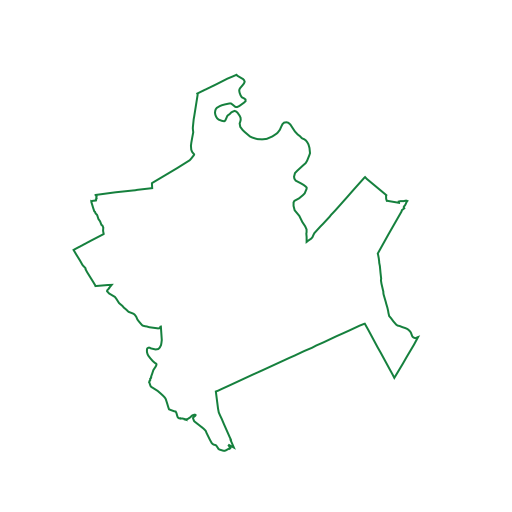 the district of Ciolpani, Ilfov, Romania, rotated 63°
{"feature_id": "2599482B77312801747207", "entity_name": "Ciolpani", "entity_type": "district", "adm_level": 2, "iso_a3": "ROU", "parent_name": "Romania", "parent_adm1": "Ilfov", "projection": "equal_earth", "projection_center": [26.1, 44.727], "detail": "fine", "context": "isolated", "style": "outline", "palette": "green", "viewbox_px": 512, "rotation_deg": 63, "n_neighbors": 0, "source": "geoboundaries", "source_scale": "gbopen_adm2", "svg_char_len": 6070}
<svg xmlns="http://www.w3.org/2000/svg" viewBox="0 0 512 512"><g transform="rotate(63 256 256)"><path d="M193.7,166.5L190.4,162.7L188.9,161.2L184.0,159.3L180.4,158.6L177.8,158.7L175.7,159.1L173.9,160.0L173.1,160.7L171.8,161.7L169.3,162.4L166.6,163.7L162.7,164.8L158.3,165.3L154.5,165.7L152.0,166.7L150.7,168.1L149.9,170.4L150.5,172.5L152.0,174.5L154.4,177.5L155.9,180.6L156.3,182.0L156.7,185.3L156.9,187.3L156.5,193.3L154.9,197.5L152.6,201.5L151.3,203.0L148.7,205.6L146.8,207.1L140.3,209.8L137.7,210.7L133.8,211.4L130.5,210.4L128.9,208.8L127.7,207.8L125.8,207.0L123.5,206.9L120.0,207.4L118.4,208.0L117.0,209.2L116.8,211.7L116.9,213.1L117.4,214.4L117.7,215.5L117.8,216.7L118.2,218.0L120.0,220.2L121.4,222.0L121.5,223.2L120.1,225.0L117.6,227.3L115.8,228.1L113.7,228.3L111.7,228.1L109.7,227.5L108.0,226.3L107.0,225.3L106.2,223.7L106.0,220.1L106.2,217.8L106.8,215.0L108.0,210.5L108.4,209.6L108.8,209.0L110.6,208.1L113.8,206.7L114.7,205.3L114.8,203.3L114.7,202.2L113.9,197.0L113.3,195.0L111.8,194.3L110.3,195.0L108.1,196.6L105.9,196.8L103.1,196.5L101.1,195.9L100.0,195.1L99.2,193.9L97.7,190.3L96.8,188.4L95.6,187.0L94.0,186.8L92.5,187.2L86.9,190.8L85.7,191.1L85.4,196.0L85.0,200.9L85.0,204.2L85.0,213.4L84.8,223.7L84.8,225.2L84.7,226.1L84.6,234.6L85.7,234.7L103.7,247.8L105.8,249.4L107.5,250.5L112.3,253.6L113.5,254.3L115.2,255.0L117.2,255.7L122.1,259.5L125.7,262.2L128.2,263.9L131.8,265.4L133.4,265.6L134.7,265.6L137.1,265.0L137.4,265.0L137.6,265.2L137.9,265.5L139.7,269.3L140.3,270.8L140.6,271.7L141.9,286.3L143.8,315.4L143.9,315.7L148.4,317.7L143.1,331.9L142.6,333.8L141.9,335.5L135.4,352.4L128.8,371.2L129.1,371.3L129.5,371.0L129.9,371.1L130.3,370.9L130.8,371.1L131.0,371.4L131.3,371.7L132.3,371.8L132.5,372.0L132.6,372.7L132.7,372.9L133.6,373.1L133.9,373.4L133.3,375.0L133.1,375.4L132.8,376.2L132.7,377.1L132.4,377.7L132.3,377.8L133.2,378.2L139.4,379.3L142.8,379.8L143.7,379.4L145.2,379.6L147.1,379.0L147.7,379.0L151.5,379.6L154.3,379.2L157.2,379.5L158.0,379.6L159.2,379.0L161.4,379.2L163.9,380.7L165.0,381.1L166.9,381.6L167.3,381.8L167.4,396.3L167.7,414.0L167.8,415.8L172.7,415.5L179.9,414.9L181.9,414.8L184.9,414.7L186.0,414.5L188.6,413.7L189.3,413.5L190.3,413.7L190.5,413.9L190.8,413.9L194.0,413.8L205.7,412.8L208.9,412.6L209.9,412.7L214.5,401.4L216.2,397.7L217.8,401.4L218.1,401.5L218.6,403.0L219.1,404.2L219.8,404.7L222.7,403.9L228.4,400.3L230.6,399.9L235.7,399.4L237.0,398.9L239.8,397.7L242.0,397.2L244.0,396.3L245.5,395.7L246.5,395.4L246.9,395.3L248.0,394.8L251.1,392.0L252.0,391.3L253.0,390.8L254.4,390.5L256.0,390.3L258.7,390.5L261.0,390.1L265.2,389.1L266.4,388.7L267.2,387.9L268.4,386.5L269.2,385.3L270.2,384.3L271.1,383.3L275.3,377.2L276.0,376.2L276.5,375.0L276.6,374.6L276.6,374.3L276.4,374.0L275.8,373.6L275.6,373.2L275.7,372.8L288.1,378.1L290.6,379.8L292.3,381.1L293.8,383.2L294.2,384.1L294.5,385.4L293.7,387.9L290.5,391.7L289.4,392.4L289.1,392.9L288.9,393.4L288.9,394.4L289.0,394.8L289.5,395.4L290.7,396.1L292.2,396.8L294.3,397.2L295.9,397.2L299.2,396.6L302.7,395.7L305.2,394.7L306.7,393.8L307.2,393.8L307.7,394.1L308.4,394.8L309.1,395.8L311.0,399.2L313.9,402.1L314.9,403.2L315.7,404.0L316.2,404.5L316.5,404.5L316.8,405.0L317.1,405.1L317.4,406.1L318.5,406.5L318.7,407.0L318.9,407.2L319.0,407.6L319.3,407.7L319.5,408.1L320.1,408.6L320.6,408.5L323.8,409.0L324.9,408.8L325.4,408.6L326.1,408.1L331.5,404.9L334.9,403.5L338.1,402.3L340.4,401.6L341.7,401.4L342.7,401.4L346.5,402.0L350.9,402.8L353.1,403.1L354.5,401.9L357.3,399.3L358.1,398.2L359.9,398.2L362.3,398.7L363.6,398.9L364.3,398.9L365.1,398.6L365.8,398.1L366.2,397.1L366.6,397.1L366.8,396.6L367.2,395.6L368.4,394.1L369.0,393.5L369.3,393.7L370.2,392.7L369.6,392.7L370.0,392.0L370.2,390.7L369.9,387.8L369.3,386.0L369.1,385.0L369.3,384.0L369.4,383.1L369.6,382.5L370.2,382.0L370.3,382.0L370.8,382.7L371.3,385.1L371.5,385.4L372.1,385.8L374.9,386.1L375.6,385.9L386.0,381.1L388.2,380.4L389.1,380.2L391.3,380.4L398.6,380.5L402.5,380.4L404.0,379.9L405.1,379.1L406.1,377.9L406.8,377.5L409.6,377.1L410.6,377.1L411.8,376.5L414.6,373.6L415.3,372.5L415.5,371.3L415.4,368.3L415.3,366.8L415.7,366.8L415.6,366.3L415.3,366.3L415.0,365.9L414.8,365.9L412.5,366.4L412.2,365.8L413.7,364.8L413.9,365.1L414.5,364.8L414.2,364.4L414.3,364.3L416.6,362.7L408.4,362.2L408.4,361.8L407.0,361.7L406.0,361.7L391.2,360.9L385.8,360.5L381.8,360.4L378.5,360.2L374.7,359.1L358.5,353.3L358.8,350.9L358.9,347.0L359.3,337.6L360.2,312.9L360.8,300.8L361.9,272.8L362.3,266.2L362.3,265.1L362.4,262.4L362.5,258.3L362.6,255.7L363.2,247.8L363.1,242.8L363.4,238.3L363.6,234.8L364.0,220.7L364.4,213.6L364.5,211.3L364.7,207.3L365.1,195.3L365.6,190.1L365.7,189.8L373.0,189.5L392.5,189.1L398.8,188.8L417.6,188.3L423.8,188.1L427.4,188.1L418.7,174.2L414.9,168.4L413.3,165.9L406.8,155.6L401.8,148.4L401.7,149.2L401.8,150.7L401.2,151.7L400.2,152.6L399.2,153.1L398.1,153.2L394.9,152.8L393.4,152.9L392.4,153.2L390.9,153.7L389.6,154.4L388.1,155.6L385.8,157.9L383.7,159.7L382.3,161.4L380.9,162.2L376.5,163.3L372.8,163.9L370.0,164.6L366.7,163.8L364.9,163.2L361.7,162.4L357.4,161.6L356.2,161.3L348.3,159.8L346.7,159.3L345.8,158.8L337.7,156.8L334.6,155.8L333.3,155.0L333.1,154.8L327.5,152.7L321.2,150.2L318.0,149.3L316.9,148.8L313.9,147.7L310.5,146.7L309.1,146.4L296.6,127.8L282.4,106.1L281.4,105.2L280.8,102.2L279.5,102.2L278.8,101.2L278.7,100.6L278.4,100.1L277.4,98.7L276.4,97.6L275.7,96.2L275.0,96.8L274.7,97.4L274.0,99.9L272.8,102.1L272.3,104.1L273.5,104.5L266.7,113.6L266.3,114.4L264.2,114.1L261.0,112.6L260.9,112.3L259.2,113.0L237.6,122.3L235.2,123.0L235.5,124.1L241.2,138.8L245.0,148.3L251.4,164.7L252.9,168.9L253.3,170.2L253.5,170.5L253.7,171.1L254.3,172.2L257.8,181.7L258.9,185.1L262.1,193.6L263.1,195.0L264.9,197.2L265.6,199.0L266.0,202.4L266.4,204.5L262.1,202.3L258.9,201.0L257.7,200.1L255.3,198.9L251.9,198.7L246.7,199.3L239.9,199.2L232.8,200.8L228.4,199.8L225.3,198.2L224.3,196.7L224.2,191.5L223.1,186.6L222.3,184.2L220.2,181.7L219.1,180.4L218.0,179.8L216.6,180.2L214.3,181.3L211.5,183.1L206.9,186.4L204.5,186.7L202.6,186.1L199.8,183.6L198.7,180.4L196.7,173.2L195.8,169.6L194.3,167.2L193.7,166.5Z" fill="none" stroke="#15803d" stroke-width="2"/></g></svg>